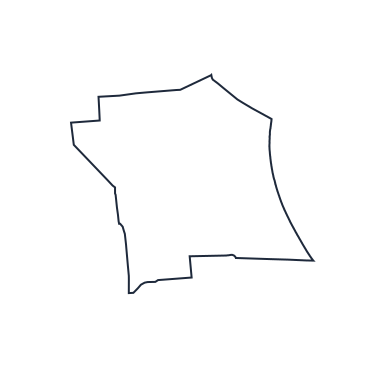 Al Attarin, Al Iskandariyah, Egypt, rotated 110°
{"feature_id": "37247803B2309887607754", "entity_name": "Al Attarin", "entity_type": "district", "adm_level": 2, "iso_a3": "EGY", "parent_name": "Egypt", "parent_adm1": "Al Iskandariyah", "projection": "orthographic", "projection_center": [29.903, 31.198], "detail": "fine", "context": "isolated", "style": "outline", "palette": "slate", "viewbox_px": 384, "rotation_deg": 110, "n_neighbors": 0, "source": "geoboundaries", "source_scale": "gbopen_adm2", "svg_char_len": 5430}
<svg xmlns="http://www.w3.org/2000/svg" viewBox="0 0 384 384"><g transform="rotate(110 192 192)"><path d="M134.5,312.4L147.2,307.0L155.1,303.7L156.4,303.2L168.1,329.2L168.2,329.4L188.1,319.2L209.6,275.7L213.1,268.8L214.0,265.9L219.7,263.8L220.8,262.8L232.3,257.2L238.7,253.8L244.7,250.9L246.8,249.6L246.4,248.7L248.3,245.3L251.6,242.9L254.3,240.8L264.2,235.9L266.6,234.8L283.1,227.1L292.4,222.7L296.4,221.2L298.9,220.3L308.6,216.8L306.8,212.6L301.1,210.0L296.6,208.3L293.4,205.5L291.8,202.9L289.0,195.7L286.4,193.8L272.5,163.1L253.2,172.2L240.6,139.7L240.4,139.1L240.1,138.5L239.9,137.9L239.6,137.4L239.3,136.8L239.1,136.3L238.8,135.7L238.5,135.2L238.0,134.3L237.8,134.0L237.7,133.7L237.5,133.3L237.4,132.9L237.3,132.6L237.3,132.3L237.3,132.0L237.3,131.6L237.3,131.3L237.3,131.0L237.4,130.7L237.5,130.5L237.6,130.2L237.7,129.9L237.8,129.7L238.1,129.2L238.3,128.9L238.5,128.7L238.7,128.4L239.0,128.2L228.2,95.2L222.6,78.3L217.3,61.4L215.0,54.6L214.9,54.8L214.7,55.0L214.5,55.4L214.3,55.7L214.2,55.8L213.6,56.7L213.5,56.9L213.4,57.0L212.9,57.8L212.7,58.0L212.5,58.3L212.4,58.5L212.2,58.7L211.7,59.5L211.4,59.9L211.2,60.0L211.0,60.3L210.9,60.5L210.7,60.7L210.6,61.0L210.2,61.4L210.1,61.5L209.9,61.9L209.7,62.1L209.5,62.3L209.4,62.5L209.1,63.0L208.9,63.1L208.4,63.8L208.2,64.1L207.5,64.9L207.3,65.2L207.2,65.3L206.8,65.7L206.6,66.0L206.4,66.3L206.0,66.7L205.9,66.9L205.8,67.1L205.7,67.2L205.6,67.3L205.4,67.5L205.1,67.8L205.0,68.0L204.8,68.2L204.6,68.5L204.4,68.7L204.2,69.0L203.1,70.3L202.9,70.6L202.7,70.8L202.5,71.0L202.3,71.3L202.0,71.5L201.8,71.8L201.6,72.1L201.3,72.5L201.0,72.8L200.8,73.0L200.2,73.7L199.9,74.1L199.3,74.8L199.0,75.2L197.9,76.4L197.3,77.2L196.9,77.6L196.6,78.0L196.4,78.3L196.1,78.7L195.8,78.9L195.4,79.4L195.2,79.7L195.0,79.8L194.9,80.0L194.7,80.2L194.6,80.3L194.3,80.7L194.2,80.8L194.0,81.1L193.9,81.2L193.6,81.5L193.4,81.7L193.1,82.0L192.9,82.2L192.6,82.6L192.3,83.0L191.9,83.4L191.7,83.6L191.5,83.8L191.4,84.0L191.0,84.4L190.9,84.6L190.7,84.7L190.5,85.0L190.3,85.2L189.6,86.0L189.4,86.3L189.1,86.6L188.9,86.8L188.7,87.0L188.4,87.4L188.2,87.6L187.9,87.9L187.7,88.1L187.2,88.7L187.1,88.8L186.8,89.1L186.7,89.3L186.5,89.5L186.3,89.7L186.0,89.9L185.8,90.2L185.5,90.4L184.7,91.3L184.4,91.6L184.2,91.8L183.9,92.1L183.7,92.3L183.5,92.5L183.3,92.7L183.0,93.0L182.2,93.9L181.9,94.2L181.2,94.9L180.7,95.4L180.2,95.9L179.7,96.5L179.4,96.7L178.9,97.2L178.2,97.9L177.8,98.3L177.6,98.6L177.3,98.8L177.2,98.9L177.0,99.2L176.8,99.3L176.6,99.5L176.4,99.6L176.3,99.8L176.0,100.1L175.8,100.2L175.6,100.4L175.4,100.6L175.2,100.8L175.0,101.0L174.7,101.3L174.4,101.6L173.5,102.4L173.2,102.7L172.9,103.0L172.6,103.2L172.3,103.4L171.8,103.9L171.6,104.1L171.3,104.3L170.8,104.8L170.6,105.0L170.3,105.2L170.1,105.4L169.8,105.6L169.7,105.7L169.2,106.1L168.9,106.4L168.4,106.8L168.1,107.0L167.8,107.2L167.5,107.5L167.2,107.8L166.9,108.0L166.7,108.2L166.4,108.4L166.1,108.6L165.7,108.9L165.3,109.3L164.8,109.7L163.4,110.8L162.9,111.2L162.5,111.5L162.1,111.9L161.7,112.2L161.3,112.4L161.0,112.7L160.7,112.9L160.3,113.2L160.1,113.4L159.5,113.8L159.3,114.0L159.0,114.2L158.8,114.3L158.6,114.5L158.2,114.8L157.8,115.0L157.7,115.1L157.2,115.4L156.6,116.0L156.4,116.0L156.1,116.2L156.0,116.4L155.6,116.6L155.3,116.8L155.1,117.0L154.9,117.0L154.7,117.2L154.4,117.4L154.2,117.5L153.9,117.7L153.7,117.8L153.5,118.0L153.3,118.1L153.1,118.2L152.7,118.5L152.3,118.9L152.1,119.0L151.9,119.2L151.8,119.3L151.7,119.4L151.3,119.7L151.2,119.7L150.8,120.0L150.6,120.1L150.3,120.3L150.2,120.4L150.0,120.6L149.8,120.7L149.5,120.8L149.3,121.0L149.0,121.1L148.7,121.3L148.4,121.5L147.8,121.9L147.5,122.1L147.4,122.1L146.9,122.5L146.3,122.9L145.7,123.2L145.2,123.5L144.7,123.8L144.3,124.0L144.1,124.1L142.7,125.0L142.3,125.1L142.0,125.4L141.7,125.5L141.3,125.7L141.1,125.8L140.8,126.0L140.7,126.1L140.4,126.3L140.0,126.5L139.9,126.5L139.5,126.7L139.3,126.8L139.0,127.0L138.8,127.1L138.7,127.2L138.5,127.3L138.3,127.4L138.0,127.5L137.9,127.6L137.7,127.7L137.6,127.8L137.4,127.9L137.2,128.0L136.8,128.2L136.5,128.3L136.2,128.5L135.9,128.7L135.6,128.8L135.2,129.0L134.8,129.2L134.4,129.4L134.0,129.6L133.5,129.9L133.0,130.1L132.5,130.3L131.9,130.6L131.5,130.9L131.0,131.1L130.5,131.3L129.6,131.8L128.6,132.2L127.8,132.6L127.3,132.8L126.9,133.0L126.5,133.2L126.1,133.4L125.2,133.8L124.4,134.1L124.1,134.3L123.7,134.4L123.4,134.5L123.1,134.6L122.9,134.8L122.7,134.8L122.3,135.0L121.9,135.1L121.6,135.2L121.5,135.3L121.1,135.4L120.7,135.5L119.7,135.8L119.3,135.9L119.1,136.0L118.8,136.1L118.7,136.2L118.3,136.3L118.1,136.4L118.0,136.5L117.6,136.6L117.4,136.6L117.2,136.7L116.3,137.0L116.1,137.0L115.2,137.3L114.8,137.4L114.7,137.5L114.4,137.6L114.2,137.7L114.1,137.8L113.8,137.8L113.6,137.9L113.5,138.0L113.3,138.1L113.0,138.2L112.9,138.2L112.7,138.1L112.4,138.2L112.1,138.3L111.7,138.4L111.2,138.5L110.9,138.6L110.5,138.8L110.2,138.9L109.7,139.1L109.3,139.2L109.1,139.3L108.4,139.5L108.2,139.5L107.5,139.7L107.0,139.8L106.9,139.8L106.6,139.9L105.9,140.0L105.5,140.0L105.4,140.0L105.1,140.1L104.7,140.2L104.0,140.4L103.4,140.5L103.2,140.5L102.8,140.6L102.6,140.7L102.1,140.8L101.8,140.9L101.5,140.9L101.4,141.0L101.0,141.1L100.6,141.2L100.2,141.2L99.8,141.3L99.6,141.4L99.4,141.4L98.0,141.7L97.8,141.8L96.8,142.0L96.5,142.1L96.2,142.2L92.8,164.3L90.8,174.8L89.5,181.0L83.4,198.5L81.1,204.9L79.3,210.9L77.9,212.4L75.4,213.9L75.8,214.1L100.0,238.0L101.6,241.8L114.1,269.1L118.5,278.5L126.3,293.2L134.5,312.4Z" fill="none" stroke="#1e293b" stroke-width="2"/></g></svg>